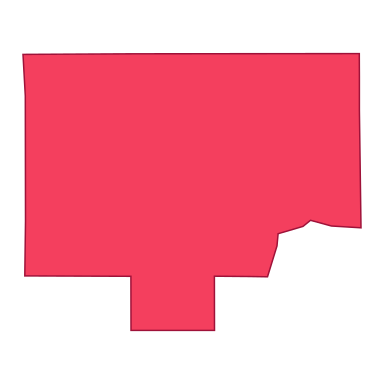 outline of Bureau, Illinois, United States of America
{"feature_id": "52423323B68616856525680", "entity_name": "Bureau", "entity_type": "district", "adm_level": 2, "iso_a3": "USA", "parent_name": "United States of America", "parent_adm1": "Illinois", "projection": "equal_earth", "projection_center": [-89.465, 41.367], "detail": "fine", "context": "isolated", "style": "filled", "palette": "rose", "viewbox_px": 384, "rotation_deg": 0, "n_neighbors": 0, "source": "geoboundaries", "source_scale": "gbopen_adm2", "svg_char_len": 374}
<svg xmlns="http://www.w3.org/2000/svg" viewBox="0 0 384 384"><path d="M134.6,53.8L23.0,54.4L25.3,96.0L25.5,221.0L24.8,275.9L130.9,276.3L131.0,330.4L214.5,330.4L214.4,276.2L249.5,276.5L267.5,276.8L277.0,245.9L278.1,233.7L303.0,226.4L310.5,220.3L331.4,226.0L361.0,227.8L359.4,110.2L359.4,76.6L359.3,53.6L134.6,53.8Z" fill="#f43f5e" stroke="#9f1239" stroke-width="1.5"/></svg>